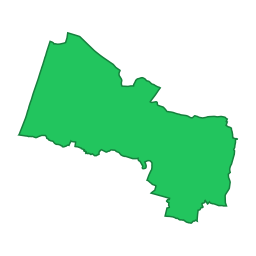 outline of Bang Bo, Samut Prakan, Thailand, rotated 268°
{"feature_id": "78962969B88692242384139", "entity_name": "Bang Bo", "entity_type": "district", "adm_level": 2, "iso_a3": "THA", "parent_name": "Thailand", "parent_adm1": "Samut Prakan", "projection": "albers", "projection_center": [100.852, 13.588], "detail": "fine", "context": "isolated", "style": "filled", "palette": "green", "viewbox_px": 256, "rotation_deg": 268, "n_neighbors": 0, "source": "geoboundaries", "source_scale": "gbopen_adm2", "svg_char_len": 5782}
<svg xmlns="http://www.w3.org/2000/svg" viewBox="0 0 256 256"><g transform="rotate(268 128 128)"><path d="M199.6,46.9L193.8,44.9L191.6,44.0L191.1,43.8L190.6,43.7L186.0,42.0L180.2,40.0L165.3,34.3L159.9,32.5L156.7,31.2L154.5,30.4L152.5,29.7L150.3,29.1L148.7,28.4L144.0,26.9L141.1,25.8L125.1,18.9L124.9,18.7L123.6,25.7L123.4,27.2L122.9,28.4L123.0,29.7L122.8,31.1L122.9,32.2L121.6,35.5L121.7,36.3L122.7,38.6L123.6,41.4L123.6,42.4L123.4,45.2L123.1,45.5L122.3,46.0L121.6,46.3L120.5,46.5L120.0,47.6L118.6,48.7L118.5,49.2L117.9,50.4L117.5,52.2L117.3,52.6L116.7,53.1L115.5,53.9L114.6,55.0L114.2,55.8L114.0,57.8L113.2,60.0L112.6,60.6L112.3,61.6L111.6,61.8L111.4,62.5L111.4,63.3L111.8,64.3L111.9,65.2L112.8,66.7L113.0,67.2L113.0,67.6L112.7,68.4L113.5,68.7L116.1,70.1L116.9,70.5L116.6,70.7L116.0,73.8L116.1,74.2L115.8,75.2L111.4,74.4L111.1,75.6L111.2,76.2L110.6,77.9L109.4,80.7L109.0,80.7L108.6,81.6L107.9,83.5L107.0,83.1L106.9,83.5L106.3,83.5L106.2,83.8L106.3,84.5L106.2,84.8L105.6,85.5L105.1,85.5L104.8,84.9L104.7,84.9L104.4,84.8L104.0,85.1L104.3,85.9L103.8,86.9L103.8,87.2L104.1,87.6L104.1,87.8L103.7,88.4L103.7,89.1L103.1,89.5L102.8,90.0L103.1,90.7L103.4,91.6L102.8,92.2L102.4,92.7L101.7,93.4L101.5,93.7L101.5,94.3L101.5,95.5L101.7,95.8L102.1,96.3L102.2,97.0L102.7,97.3L102.7,97.8L102.9,98.2L103.3,98.1L104.1,98.2L104.9,98.3L105.3,98.5L105.9,98.9L106.1,99.4L106.6,99.6L106.7,100.0L107.1,100.3L107.3,100.8L106.8,101.5L105.1,104.6L104.8,105.1L104.7,105.5L104.9,106.3L105.5,107.5L105.6,108.7L106.5,109.8L106.6,110.1L106.7,111.1L106.4,112.2L106.4,113.2L106.3,113.8L105.9,114.7L105.2,115.2L105.0,115.4L103.9,118.0L103.4,118.5L101.4,120.0L100.4,121.7L100.2,122.2L99.8,123.4L99.7,124.8L97.2,131.7L97.1,135.1L97.2,136.2L97.4,137.0L96.5,137.0L95.4,137.3L94.8,137.9L94.4,138.7L93.8,139.1L91.3,140.4L90.7,140.6L90.3,141.0L89.9,141.3L89.2,141.4L88.6,141.2L87.9,140.9L87.6,140.9L87.1,141.1L86.9,141.3L86.8,141.6L86.8,142.4L87.1,143.7L87.4,144.3L87.9,144.6L88.9,144.8L89.9,144.8L91.5,144.4L93.4,143.6L94.7,146.6L94.7,147.2L94.5,148.6L94.3,149.2L93.9,149.5L92.7,150.5L92.2,150.7L90.8,150.7L90.0,150.6L88.1,150.6L86.2,150.3L85.3,150.0L84.3,149.3L80.1,147.2L75.1,145.2L74.9,145.9L74.2,146.8L72.9,148.1L71.6,149.7L70.9,150.2L70.5,151.1L70.0,152.4L69.3,153.8L67.9,153.6L65.9,152.9L65.1,152.8L64.7,152.3L62.6,149.3L62.1,148.8L60.8,153.0L59.4,157.3L58.9,159.0L56.3,167.1L55.1,166.8L55.0,165.1L54.0,164.3L53.7,164.0L53.3,164.1L53.1,164.5L52.4,165.1L52.0,166.2L49.2,165.9L48.7,166.3L48.1,166.5L47.3,166.5L47.2,166.0L46.7,164.9L46.7,164.2L38.7,162.0L38.4,163.9L38.2,166.4L37.6,169.7L36.9,171.5L36.0,172.9L36.0,173.5L36.0,174.1L36.0,174.4L34.5,176.2L34.5,176.8L34.3,177.4L34.4,177.9L34.0,179.6L34.1,180.5L33.4,181.0L32.9,181.9L32.2,182.7L31.6,183.9L31.5,184.3L31.5,184.9L31.1,185.5L31.1,186.6L30.8,187.2L30.8,188.1L32.5,189.8L32.7,190.1L32.6,191.0L33.2,192.0L33.5,192.2L33.2,192.8L32.6,193.9L33.1,193.8L39.1,194.5L43.4,195.2L43.5,196.1L43.9,197.1L45.8,198.3L46.0,198.6L46.0,198.9L45.9,199.7L46.2,200.1L46.5,200.2L48.3,199.4L50.0,199.4L50.1,199.5L50.4,201.0L50.9,202.0L51.1,202.1L51.6,202.1L52.0,202.3L52.5,202.2L52.9,202.6L51.6,203.4L50.7,204.2L49.7,204.5L49.3,204.9L49.4,205.0L51.3,206.9L50.8,207.1L50.5,207.5L50.2,207.7L49.8,208.5L49.7,209.1L49.4,209.6L49.4,210.6L49.2,211.0L49.1,211.6L47.2,216.2L47.3,217.2L47.2,217.9L47.3,218.1L47.1,219.8L46.8,220.7L46.7,223.7L49.9,222.7L56.8,222.7L57.3,222.8L58.4,223.3L63.5,226.8L64.4,227.2L70.3,228.2L71.3,228.0L73.6,227.3L74.9,226.8L78.3,226.6L78.6,226.8L78.7,227.2L79.2,227.5L80.0,228.6L80.3,228.6L81.1,228.3L82.7,228.2L83.4,228.2L84.8,228.5L86.9,229.3L88.1,230.1L98.1,233.3L101.5,233.7L102.0,233.4L102.5,232.9L103.0,232.9L104.3,233.7L104.7,233.9L107.3,234.3L109.7,234.9L111.8,235.0L112.4,235.2L112.7,235.4L113.0,235.9L113.1,236.2L112.9,237.3L113.4,236.6L113.6,235.8L113.6,234.5L113.9,234.1L114.0,233.4L114.4,233.0L114.6,232.4L115.1,232.5L115.3,232.4L115.9,232.4L116.2,232.3L117.8,232.3L120.7,231.9L122.1,231.5L123.3,231.3L124.2,231.3L124.3,231.2L125.3,229.6L125.5,228.5L125.7,228.2L127.2,226.1L129.1,226.9L129.6,227.0L130.6,227.4L130.9,226.5L131.0,226.4L133.5,227.5L133.9,226.7L135.2,225.5L135.4,225.2L136.0,222.9L136.3,221.4L136.0,217.9L136.1,217.1L136.5,215.3L136.6,214.1L136.5,209.4L136.4,208.0L135.9,206.3L135.4,203.0L135.7,201.6L136.1,199.7L136.5,198.8L137.2,197.5L137.5,196.3L137.8,195.6L137.9,195.2L137.7,194.8L136.2,193.0L135.9,192.4L136.0,191.8L136.3,190.6L137.8,188.2L138.4,186.5L139.3,181.3L140.0,179.6L140.1,179.0L140.4,177.8L141.1,175.8L141.9,173.8L142.5,171.3L142.7,169.7L143.0,168.7L143.0,167.9L143.2,167.5L143.6,167.2L144.5,166.6L145.8,165.6L147.5,164.1L147.7,163.8L149.0,160.3L149.6,158.9L149.9,158.5L150.1,158.3L150.6,158.2L152.3,158.1L152.7,157.9L153.0,157.6L153.2,157.2L153.2,156.6L152.8,153.8L152.7,152.5L152.9,151.8L153.4,151.1L153.9,151.4L160.4,156.7L164.7,159.8L167.0,161.6L167.4,161.0L168.2,158.9L168.8,157.9L169.4,156.8L170.5,155.3L170.9,154.0L171.1,153.5L171.8,152.6L172.6,151.9L173.9,150.5L174.5,148.5L175.0,147.9L176.2,146.9L176.6,146.5L177.6,144.7L177.8,143.9L177.7,142.8L177.1,140.9L176.8,139.4L176.6,138.9L176.1,138.2L175.3,137.4L173.2,136.4L171.6,135.4L170.8,135.1L169.9,135.1L169.9,132.5L169.9,131.8L169.6,130.0L169.6,128.7L169.9,125.3L170.0,123.6L171.4,123.0L172.8,122.9L173.9,123.0L175.4,123.4L176.0,123.4L176.5,123.3L177.1,123.1L179.3,121.9L180.5,121.1L181.6,120.9L182.9,120.9L184.2,121.3L185.5,122.0L185.9,122.0L188.9,118.0L191.5,115.9L191.9,115.6L199.6,105.2L201.9,102.3L205.5,98.1L206.6,96.9L213.2,90.5L220.2,83.8L220.9,83.1L221.2,82.6L222.3,79.6L225.2,71.1L220.2,70.2L215.9,68.7L215.6,68.6L215.5,68.4L215.0,66.8L214.3,63.0L214.2,61.6L214.2,60.5L214.7,58.1L214.7,57.6L214.6,57.0L215.4,56.6L215.8,56.2L216.5,55.1L217.3,53.2L207.2,49.5L203.1,48.2L201.0,47.3L199.6,46.9Z" fill="#22c55e" stroke="#15803d" stroke-width="1.5"/></g></svg>